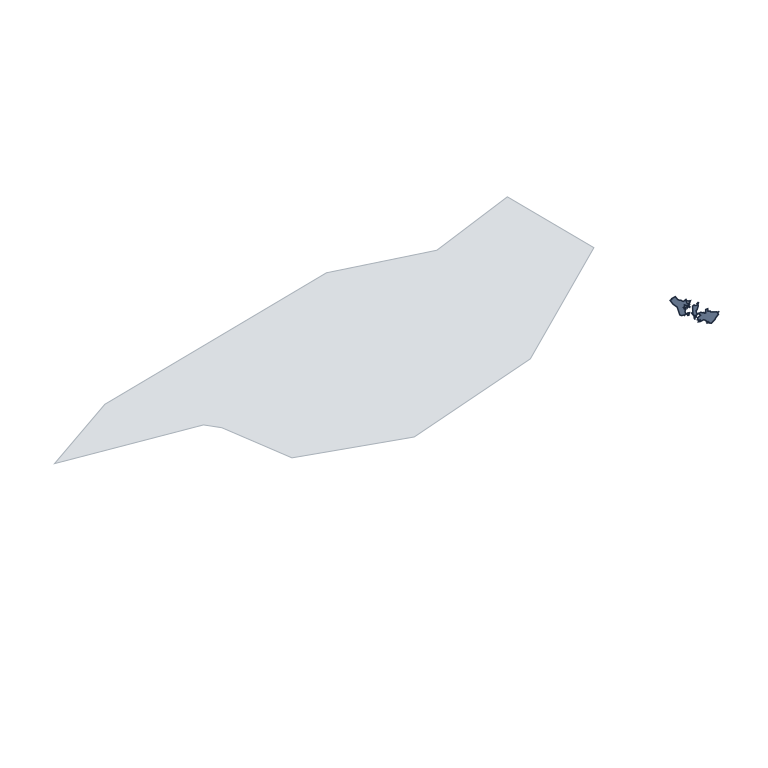 Medalaii, Koror, Palau shown in context, rotated 230°
{"feature_id": "81905179B66298370942195", "entity_name": "Medalaii", "entity_type": "district", "adm_level": 2, "iso_a3": "PLW", "parent_name": "Palau", "parent_adm1": "Koror", "projection": "albers", "projection_center": [134.462, 7.336], "detail": "medium", "context": "in_parent", "style": "filled", "palette": "slate", "viewbox_px": 768, "rotation_deg": 230, "n_neighbors": 0, "source": "geoboundaries", "source_scale": "gbopen_adm2", "svg_char_len": 2161}
<svg xmlns="http://www.w3.org/2000/svg" viewBox="0 0 768 768"><g transform="rotate(230 384 384)"><path d="M448.1,598.8L353.5,632.4L309.2,512.3L324.0,373.1L386.6,266.0L454.7,231.7L468.7,219.4L534.8,80.4L547.9,157.1L506.2,411.4L452.5,510.5L448.1,598.8Z" fill="#d9dde1" stroke="#a8b0b8" stroke-width="1"/><path d="M263.7,663.3L264.5,659.2L264.0,659.0L264.1,656.9L259.4,656.7L254.4,658.0L246.8,655.0L245.1,655.9L244.0,658.2L243.3,658.3L243.7,659.8L242.1,661.8L241.5,661.6L241.7,660.2L240.7,661.7L242.3,663.9L243.4,662.0L243.2,661.0L244.0,660.2L246.2,661.3L247.7,663.7L248.4,662.3L250.1,662.6L250.2,664.0L251.5,665.0L248.4,667.0L247.4,665.9L247.6,666.9L246.2,667.4L246.5,668.0L248.0,667.6L248.3,668.6L248.8,667.7L249.5,670.0L250.6,671.9L251.5,672.5L250.9,671.7L253.3,669.2L251.2,671.1L250.6,670.6L250.5,671.6L249.5,669.7L250.8,668.4L249.6,669.0L249.6,668.4L251.2,668.1L252.9,668.7L252.4,669.1L253.5,668.8L253.7,669.5L254.7,669.7L254.8,666.5L255.5,665.9L257.4,665.3L258.0,664.3L260.0,663.3L263.7,663.3ZM224.2,687.6L224.3,685.3L225.3,685.4L229.2,680.6L230.2,680.8L231.5,679.0L233.6,680.4L234.3,678.3L231.7,676.1L232.3,674.9L233.2,675.1L233.9,673.7L235.3,672.9L235.7,670.4L236.1,671.1L236.0,670.2L233.2,670.7L233.1,666.7L231.5,665.9L230.6,666.5L229.6,664.7L228.8,666.0L229.4,667.3L228.4,667.0L227.7,670.3L225.6,671.4L224.5,671.0L223.7,672.2L223.2,671.8L223.0,669.9L222.9,671.9L221.2,672.3L223.2,672.6L221.2,672.8L220.1,673.8L220.7,679.1L221.5,680.7L222.4,685.0L224.1,685.3L224.2,687.6ZM236.8,665.2L235.4,664.2L234.9,664.9L236.5,666.5L235.7,667.4L236.0,668.6L239.5,670.1L239.7,671.7L241.8,674.9L243.4,675.9L244.1,677.2L244.6,677.0L244.4,675.4L243.6,675.6L243.3,675.0L243.4,673.9L244.3,672.6L245.3,672.4L245.3,670.4L239.3,665.8L237.3,665.4L241.4,665.2L236.8,665.2ZM248.6,664.9L249.1,663.9L248.5,662.9L248.1,664.0L248.6,664.9ZM233.4,663.8L234.8,664.5L234.9,664.3L234.5,663.8L233.4,663.8ZM250.0,663.3L249.6,663.7L249.9,663.9L250.0,663.3ZM234.7,666.5L234.6,666.2L234.5,666.4L234.7,666.5ZM231.7,665.0L231.5,664.8L231.6,665.1L231.7,665.0ZM248.9,664.9L249.1,664.7L248.9,664.9ZM248.9,665.0L249.0,665.2L248.9,665.0Z" fill="#64748b" stroke="#1e293b" stroke-width="1.5"/></g></svg>